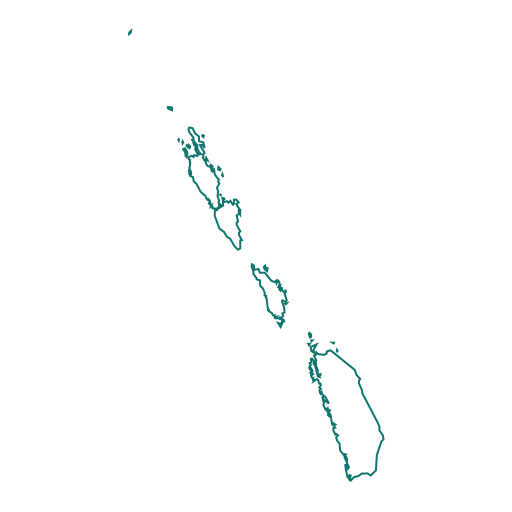 outline of Kepulauan Mentawai, Sumatera Barat, Indonesia, rotated 181°
{"feature_id": "22746128B86355072671334", "entity_name": "Kepulauan Mentawai", "entity_type": "district", "adm_level": 2, "iso_a3": "IDN", "parent_name": "Indonesia", "parent_adm1": "Sumatera Barat", "projection": "equal_earth", "projection_center": [99.744, -2.461], "detail": "fine", "context": "isolated", "style": "outline", "palette": "teal", "viewbox_px": 512, "rotation_deg": 181, "n_neighbors": 0, "source": "geoboundaries", "source_scale": "gbopen_adm2", "svg_char_len": 6135}
<svg xmlns="http://www.w3.org/2000/svg" viewBox="0 0 512 512"><g transform="rotate(181 256 256)"><path d="M157.5,33.0L154.1,36.7L149.6,37.8L146.7,40.2L140.8,40.6L137.6,38.6L132.4,43.6L131.7,59.1L127.4,72.7L125.3,75.0L126.1,79.1L129.5,83.6L129.6,87.6L131.4,91.5L147.4,120.9L147.6,123.5L150.9,130.5L150.9,132.9L149.7,134.9L153.5,139.0L155.2,143.8L179.8,163.0L183.4,161.9L183.8,159.5L186.1,158.3L192.4,159.1L194.0,160.8L194.6,158.1L196.3,157.4L193.9,152.7L194.5,151.5L193.8,146.7L191.8,141.6L193.3,144.7L193.9,143.5L191.4,138.3L189.4,139.0L189.5,137.9L190.5,137.5L190.2,136.0L192.1,136.8L195.3,148.6L196.4,148.7L196.2,152.2L198.3,154.4L199.4,154.1L198.7,150.8L200.5,149.8L199.3,148.1L200.3,147.1L199.3,145.1L200.7,144.9L198.8,141.6L198.8,144.3L197.6,142.6L197.6,141.4L199.4,140.2L197.0,139.0L198.2,138.4L197.6,137.2L198.9,138.1L198.9,137.2L197.4,134.6L196.6,135.0L196.7,133.0L195.4,133.1L196.0,131.8L193.1,133.9L191.7,133.2L190.7,129.5L189.4,129.6L188.9,127.9L190.5,125.7L188.9,124.5L190.2,123.0L189.7,120.6L189.1,119.5L188.0,121.2L187.5,118.8L184.1,116.2L180.5,109.8L186.4,114.0L185.3,111.0L186.1,108.4L183.9,103.7L181.9,105.1L182.1,101.9L180.5,102.1L180.4,103.5L179.3,102.7L180.8,100.7L178.8,98.9L176.9,88.7L176.0,88.3L175.6,90.0L173.7,88.8L175.2,87.9L173.9,85.8L175.6,85.6L175.6,82.8L173.7,79.0L173.0,79.7L170.8,78.1L172.7,76.0L171.6,72.7L169.2,69.9L168.5,63.0L163.8,57.4L163.9,59.4L162.8,59.2L163.5,58.5L161.4,55.1L161.5,50.5L159.4,46.4L160.5,44.8L162.3,48.8L163.1,48.5L162.4,43.8L160.6,36.6L158.4,38.7L157.5,38.1L157.9,35.9L158.8,38.0L159.0,34.2L157.5,33.0ZM300.3,302.9L296.1,302.6L293.5,304.8L294.4,309.7L293.8,310.7L295.5,315.1L295.0,319.8L296.2,323.6L293.9,327.9L295.1,329.4L294.6,331.8L298.5,336.6L299.4,341.5L300.9,339.6L301.8,340.4L301.2,342.3L302.3,341.9L302.7,343.1L301.0,344.9L302.8,346.4L303.6,344.4L306.0,345.1L307.9,348.1L307.5,349.7L309.2,350.5L310.9,353.5L310.2,354.5L310.9,356.7L309.3,357.8L309.5,358.9L314.0,365.9L311.4,366.2L309.3,363.1L310.6,368.7L314.9,369.7L315.2,374.6L319.1,377.5L321.6,382.7L325.0,383.3L325.7,381.6L324.8,378.5L320.8,373.5L320.4,370.3L316.9,365.9L316.2,361.4L314.5,359.1L316.5,361.6L318.4,361.1L316.9,358.3L313.7,357.9L313.0,356.8L316.3,356.4L316.4,354.9L319.8,355.7L320.2,353.9L321.9,355.0L324.8,354.0L325.0,351.7L323.5,350.8L324.0,348.6L323.3,347.9L324.6,339.6L324.1,339.1L324.0,340.5L323.8,340.8L322.7,339.8L322.2,336.6L322.6,336.1L323.0,337.5L323.5,337.3L323.0,335.6L323.9,338.3L324.6,336.2L323.9,336.9L323.2,334.8L320.4,333.8L319.6,329.7L316.8,327.2L312.5,319.3L307.8,315.3L306.1,312.1L304.9,312.3L305.0,311.0L303.2,310.8L302.5,307.4L302.9,306.8L301.4,306.6L301.9,305.9L302.1,304.9L301.3,305.7L301.6,304.5L300.3,304.5L300.3,302.9ZM274.1,262.0L271.9,263.3L272.0,271.3L270.4,271.6L273.5,277.1L273.4,279.1L272.1,280.3L275.8,286.6L275.9,289.1L274.6,289.9L276.0,296.2L274.2,297.7L273.6,299.7L274.2,300.6L272.9,299.7L272.5,299.8L272.3,300.7L272.6,299.9L273.3,300.4L272.0,302.8L273.2,300.9L274.1,301.3L273.8,303.3L276.6,307.5L274.3,309.3L276.8,312.0L279.1,312.0L278.9,307.9L279.9,306.9L282.6,310.7L284.5,308.9L285.9,310.3L288.9,309.4L290.0,310.5L289.8,305.8L295.3,302.4L295.7,301.1L297.8,301.2L298.0,295.6L293.1,282.8L288.4,279.5L285.2,274.4L282.3,273.1L277.7,265.4L274.1,262.0ZM231.4,194.4L230.9,193.6L227.8,196.4L228.6,199.0L226.5,200.1L226.9,204.9L229.3,211.3L228.6,212.1L225.6,210.6L224.5,212.0L227.0,219.9L229.5,222.5L229.5,225.2L231.0,221.8L231.9,222.7L231.4,226.1L232.6,224.7L233.3,225.3L232.0,227.3L232.3,230.6L233.7,232.0L235.0,229.1L235.6,231.6L236.9,230.3L240.1,231.4L246.9,239.5L251.8,239.3L253.3,243.1L257.5,242.1L258.0,246.6L260.0,247.6L260.2,245.2L258.2,239.9L258.4,238.1L254.8,233.5L255.0,232.6L251.5,231.7L251.4,226.5L248.6,223.8L246.6,219.3L246.7,216.8L245.0,216.1L245.6,215.0L244.0,213.3L244.7,213.6L243.0,202.1L242.1,202.3L241.9,200.8L239.4,199.5L237.7,196.8L236.2,197.2L236.1,195.0L233.9,195.7L235.0,194.1L232.0,194.0L230.5,195.7L231.4,194.4ZM196.0,160.1L197.0,163.0L194.0,168.6L199.7,166.0L199.1,162.1L196.0,160.1ZM327.1,353.6L326.3,357.9L327.1,359.8L328.9,362.3L329.7,361.4L331.3,362.0L328.8,359.1L328.0,354.4L327.1,353.6ZM244.7,241.1L244.1,244.0L246.3,244.5L246.7,246.5L248.0,245.3L247.5,243.9L246.5,245.5L246.9,242.8L244.7,241.1ZM346.8,402.2L345.0,401.3L342.6,400.3L342.4,402.4L343.4,403.3L346.7,403.4L346.8,402.2ZM200.7,175.6L199.7,175.7L199.5,178.4L201.3,180.0L201.9,179.1L200.7,175.6ZM230.2,185.4L229.7,186.4L230.8,188.8L232.8,189.4L230.2,185.4ZM293.4,341.1L292.9,342.3L295.1,344.3L295.4,341.8L293.4,341.1ZM228.4,190.6L226.6,191.1L227.5,193.1L229.6,193.5L228.4,190.6ZM384.9,479.0L386.6,477.4L386.7,475.7L385.3,476.8L384.9,479.0ZM290.1,311.4L288.7,312.1L288.7,312.9L290.7,313.5L290.1,311.4ZM317.5,362.4L317.2,364.4L318.2,364.9L318.4,362.7L317.5,362.4ZM291.4,336.1L290.1,334.5L291.0,337.3L291.4,336.1ZM307.9,351.8L306.1,350.9L307.5,353.4L307.9,351.8ZM310.6,374.0L310.2,375.4L311.7,375.9L311.9,375.0L310.6,374.0ZM201.4,167.6L200.7,168.5L200.5,169.1L202.3,169.1L201.4,167.6ZM229.8,190.5L228.9,188.4L228.3,189.9L229.0,189.1L229.8,190.5ZM318.8,365.6L319.0,366.7L320.2,367.2L319.6,365.6L318.8,365.6ZM327.2,366.4L327.1,364.6L326.1,363.6L326.0,364.3L327.2,366.4ZM334.9,372.2L335.7,370.9L335.3,370.1L334.9,372.2ZM178.0,170.7L176.8,170.0L176.5,170.7L178.0,170.7ZM199.0,171.7L198.1,172.6L199.2,172.6L199.0,171.7ZM292.9,316.4L291.7,315.8L292.6,316.8L292.9,316.4ZM226.0,221.9L226.2,220.4L225.8,220.2L225.4,221.4L226.0,221.9ZM180.3,97.3L180.1,98.7L181.2,99.0L181.3,98.3L180.3,97.3ZM303.9,308.0L302.9,308.0L303.5,309.1L303.9,308.0ZM324.1,363.3L323.7,364.4L324.6,365.3L324.5,364.3L324.1,363.3ZM331.3,369.3L331.6,368.4L331.3,367.3L330.8,368.2L331.3,369.3ZM321.7,372.1L322.0,370.9L321.4,370.3L321.7,372.1ZM273.4,298.0L272.6,297.0L272.7,298.5L273.4,298.0ZM187.0,116.7L186.9,115.3L186.7,114.3L186.3,115.5L187.0,116.7ZM225.3,208.3L224.5,209.2L225.8,208.8L225.3,208.3ZM292.1,306.7L292.8,307.1L292.8,306.1L292.1,306.7ZM173.3,163.5L173.5,162.5L173.2,162.0L172.8,162.7L173.3,163.5ZM195.8,149.2L195.0,149.1L195.8,150.5L195.8,149.2ZM163.5,55.0L163.5,55.9L163.8,56.6L164.0,55.9L163.5,55.0ZM323.9,340.1L323.4,338.9L323.6,340.4L323.9,340.1Z" fill="none" stroke="#0f766e" stroke-width="2"/></g></svg>